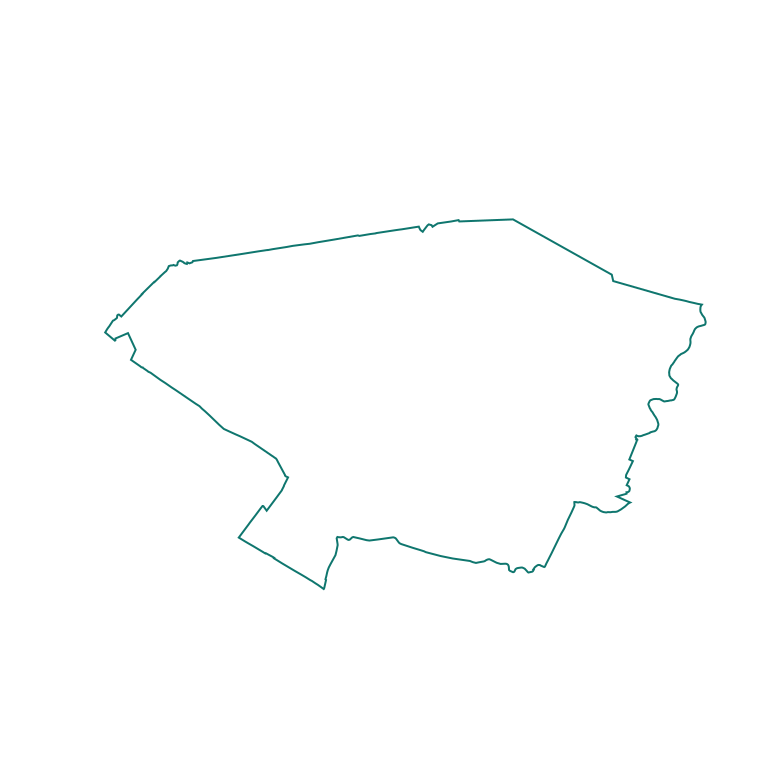 the district of Guadalupe, Nuevo León, Mexico, rotated 206°
{"feature_id": "50627088B2600524560813", "entity_name": "Guadalupe", "entity_type": "district", "adm_level": 2, "iso_a3": "MEX", "parent_name": "Mexico", "parent_adm1": "Nuevo León", "projection": "mercator", "projection_center": [-100.227, 25.677], "detail": "fine", "context": "isolated", "style": "outline", "palette": "teal", "viewbox_px": 768, "rotation_deg": 206, "n_neighbors": 0, "source": "geoboundaries", "source_scale": "gbopen_adm2", "svg_char_len": 6154}
<svg xmlns="http://www.w3.org/2000/svg" viewBox="0 0 768 768"><g transform="rotate(206 384 384)"><path d="M159.3,290.4L159.4,294.0L159.3,298.0L159.3,299.6L159.2,305.2L159.2,322.0L159.1,327.3L158.7,332.7L158.7,334.4L159.2,342.5L159.2,350.5L159.4,357.3L159.6,358.5L161.2,361.3L161.0,361.5L159.1,362.2L158.6,362.2L157.7,362.6L157.3,362.8L156.3,363.6L155.8,363.8L153.3,364.4L151.3,364.8L148.7,365.1L147.7,365.1L144.3,365.0L143.1,365.0L141.6,365.2L140.5,365.5L139.6,366.0L139.0,366.1L138.3,366.0L137.5,365.7L136.6,365.6L136.1,365.4L134.6,365.0L133.8,364.9L132.5,364.9L130.6,365.1L128.1,365.9L127.6,366.2L126.9,366.8L125.8,367.4L125.2,367.6L124.0,368.2L122.3,369.4L120.4,370.3L119.5,370.8L118.3,371.8L116.0,375.2L113.6,379.7L112.3,383.1L111.5,384.5L110.8,385.4L116.9,385.2L125.3,385.0L121.8,388.2L118.5,391.1L117.9,391.8L118.6,393.0L117.5,393.6L116.9,394.5L116.6,395.2L116.7,396.1L117.0,397.2L117.4,398.1L118.3,398.9L119.2,399.4L121.5,399.4L121.6,406.0L125.6,406.0L126.3,407.8L126.5,408.5L126.5,409.0L126.4,414.5L126.5,423.8L130.4,423.7L131.7,441.8L131.9,443.9L132.9,444.6L132.2,445.1L134.7,446.5L134.7,447.6L134.6,448.4L133.6,448.4L132.1,448.7L131.7,449.0L130.7,449.5L129.5,450.5L128.5,451.7L127.0,453.1L123.8,456.4L123.6,456.8L123.5,457.3L123.1,457.6L121.6,459.0L120.0,460.3L119.2,461.7L119.0,462.7L118.9,464.2L119.2,465.7L119.4,467.3L119.8,468.2L120.1,468.6L122.7,471.4L123.5,472.0L125.5,473.4L127.4,474.4L128.2,475.0L128.7,475.2L129.5,475.8L130.4,476.4L131.4,476.8L132.7,477.5L133.5,478.2L134.4,478.7L137.4,481.5L137.6,482.0L137.7,482.9L137.7,485.0L137.6,485.5L137.5,486.0L137.2,486.4L136.5,487.1L136.2,487.5L135.1,488.6L132.8,489.9L131.4,490.4L129.8,491.2L128.5,491.3L127.5,491.2L124.9,491.1L124.4,491.2L123.5,491.8L122.7,492.4L121.4,493.2L119.4,494.8L118.6,495.2L117.8,495.9L117.4,496.2L117.0,496.5L116.4,497.4L116.3,498.9L116.3,500.5L116.6,503.6L116.8,504.6L117.5,505.9L118.6,507.1L118.8,507.6L118.9,508.1L119.1,508.5L119.2,509.6L119.2,510.1L119.1,511.2L119.2,512.2L119.6,512.6L120.2,512.9L124.5,513.8L125.5,514.0L127.9,514.8L128.5,514.9L128.9,515.1L130.2,516.0L131.1,516.6L131.6,517.3L131.8,517.8L132.1,518.3L132.7,519.1L132.8,519.6L133.2,520.5L133.4,521.5L133.7,522.5L133.8,524.1L133.9,526.1L133.8,526.7L133.5,527.6L133.3,528.1L133.2,529.2L132.9,530.7L132.8,532.2L132.7,532.7L132.2,535.8L131.8,537.8L131.1,539.2L130.8,539.7L130.2,541.1L128.3,543.4L127.5,544.7L126.8,546.1L126.4,547.1L126.0,548.0L125.9,548.9L125.7,551.0L125.9,552.6L126.3,554.6L126.9,556.1L127.7,557.4L128.4,558.8L128.5,559.8L128.7,561.0L128.7,562.3L128.5,564.4L128.5,566.9L128.6,567.4L128.6,568.0L128.6,569.0L128.6,569.5L128.5,570.0L127.8,571.9L127.2,572.8L126.2,573.9L124.6,575.2L123.1,576.6L122.7,576.9L121.9,577.7L121.6,578.1L121.5,578.7L121.6,579.2L121.9,580.3L122.4,581.2L123.8,582.7L124.8,583.8L125.6,584.3L128.1,585.5L129.4,586.4L131.1,587.6L131.4,588.0L132.2,589.3L133.2,591.7L133.4,593.2L133.2,594.2L133.1,594.7L137.0,593.6L141.4,592.6L145.5,591.6L148.8,591.0L151.4,590.4L155.1,589.5L160.0,588.1L223.1,577.0L227.2,582.1L340.2,588.5L387.6,563.1L388.8,564.0L394.9,559.5L406.1,551.9L409.3,546.6L410.9,547.6L413.7,547.1L413.8,546.9L414.4,545.7L414.8,543.9L415.6,539.9L415.9,537.8L418.6,538.3L420.1,539.3L421.7,540.7L426.3,537.5L428.7,535.8L431.7,533.7L436.0,530.7L437.4,529.8L441.1,527.3L456.3,516.8L457.3,516.1L457.4,515.8L462.0,512.8L471.1,506.3L472.6,506.1L491.8,492.2L505.3,482.6L512.2,477.5L516.8,474.6L526.5,468.2L531.8,464.3L543.0,456.5L547.2,453.4L547.4,453.4L550.9,451.0L555.0,448.2L567.7,439.3L590.2,423.7L609.6,410.8L609.6,409.4L611.7,407.2L614.1,407.0L613.8,405.5L614.8,405.3L616.5,405.1L617.1,405.4L618.5,405.6L621.5,405.5L622.0,404.8L622.7,402.9L622.1,400.8L622.2,399.9L623.4,398.9L624.0,398.8L625.4,398.7L625.8,398.1L627.7,397.0L629.1,395.6L628.9,392.8L629.1,391.3L629.3,389.9L630.0,388.5L631.8,383.9L632.2,383.0L632.1,382.9L635.0,374.9L635.3,375.0L641.0,358.9L640.7,358.9L643.0,351.7L649.7,329.5L652.6,330.2L653.1,330.0L653.4,329.7L653.8,328.7L653.0,326.4L653.1,326.0L654.5,323.1L655.4,322.1L656.3,314.9L656.5,314.3L656.9,311.7L657.2,308.1L644.9,305.0L644.6,305.5L645.3,307.2L636.4,317.5L622.2,305.9L622.0,294.8L611.1,293.1L609.3,292.7L608.0,293.1L607.6,292.8L602.3,292.0L601.2,291.7L598.8,291.8L586.8,289.7L581.0,289.0L573.3,287.8L568.5,287.2L544.6,283.7L540.1,283.2L536.7,282.0L533.2,281.1L527.2,279.3L514.3,275.1L508.3,273.4L502.7,273.5L495.3,273.7L490.6,273.9L477.5,274.1L473.8,273.4L448.2,269.6L446.9,268.8L444.8,267.2L433.1,258.8L432.9,258.4L432.1,258.0L429.3,258.0L429.4,249.8L429.4,248.8L429.2,248.4L429.3,244.0L429.2,243.7L430.3,237.8L430.6,236.1L433.9,218.7L438.8,221.3L439.3,221.3L439.7,221.1L440.2,218.9L442.1,208.9L443.8,200.5L444.1,198.7L447.2,182.3L440.0,181.6L436.2,181.3L430.2,180.9L418.6,179.9L417.1,179.7L416.2,179.7L416.1,180.1L408.1,179.8L406.4,179.6L406.5,179.1L396.7,178.1L382.2,176.9L374.8,176.4L369.8,176.0L364.1,175.4L362.6,175.4L358.3,174.8L355.5,174.5L351.2,173.8L348.3,173.3L348.2,173.7L348.3,174.5L350.2,182.5L351.0,182.8L351.6,186.0L352.5,189.7L352.9,191.8L353.2,194.9L353.1,198.9L352.6,208.9L353.5,213.1L355.0,218.8L355.5,219.7L356.6,221.3L358.9,224.6L358.8,226.1L357.6,226.4L355.9,227.1L355.2,227.5L353.9,228.5L352.9,228.7L348.4,228.2L347.3,228.4L346.5,229.2L345.8,231.0L345.5,231.9L345.2,232.3L344.6,233.0L338.3,234.5L331.2,236.0L328.5,236.9L321.6,241.4L308.7,250.1L308.0,250.4L306.3,250.5L305.5,250.3L301.3,248.1L300.8,247.9L300.1,247.7L298.3,247.7L286.1,249.4L278.1,250.7L274.6,251.2L272.7,251.2L257.7,254.2L245.7,257.3L229.2,262.6L226.2,262.8L222.9,263.5L220.7,265.2L216.5,268.3L215.8,269.0L214.8,270.7L213.8,271.8L213.0,272.4L212.4,272.7L211.1,272.8L204.4,272.7L201.4,273.2L200.3,273.4L196.1,275.7L195.6,275.9L195.2,276.0L194.4,276.1L193.3,275.9L192.6,275.4L191.9,274.7L191.5,274.1L190.1,271.7L188.9,271.3L185.7,271.4L185.1,271.7L184.8,272.1L184.6,272.6L184.6,275.2L184.2,276.0L183.7,276.7L183.0,277.3L180.5,279.0L179.4,279.6L178.3,279.7L176.6,279.7L174.0,278.7L172.6,278.1L172.0,277.9L171.5,277.9L168.6,280.2L168.2,280.8L168.1,281.2L168.0,282.7L168.5,282.7L168.1,285.4L167.4,286.9L166.8,288.0L166.3,288.7L165.6,289.2L164.5,289.6L163.2,289.5L159.8,289.7L159.3,290.4Z" fill="none" stroke="#0f766e" stroke-width="2"/></g></svg>